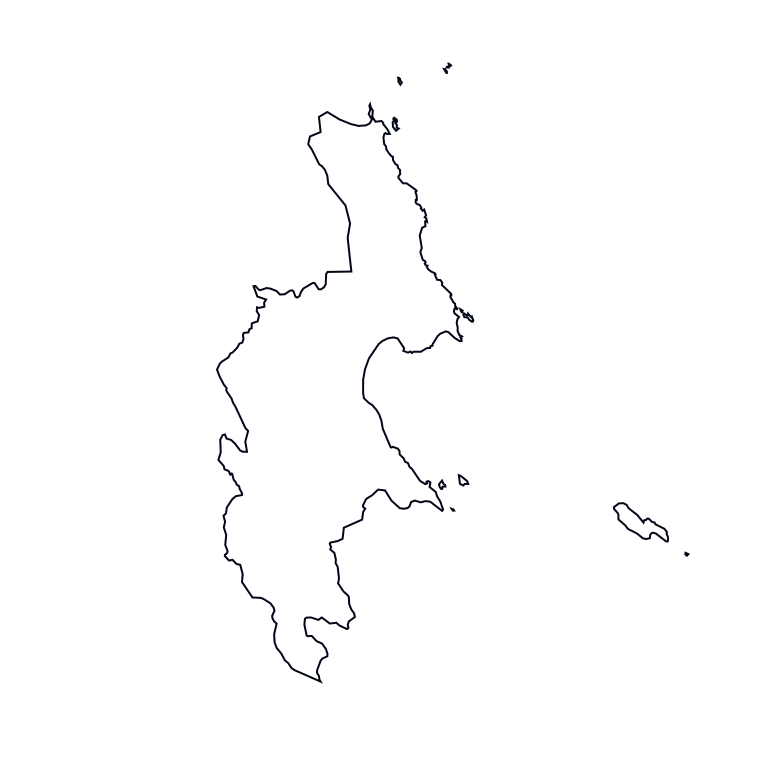 the district of Quy Nhon, Bình Định, Vietnam, rotated 337°
{"feature_id": "81297802B6190272756602", "entity_name": "Quy Nhon", "entity_type": "district", "adm_level": 2, "iso_a3": "VNM", "parent_name": "Vietnam", "parent_adm1": "Bình Định", "projection": "natural_earth1", "projection_center": [109.246, 13.749], "detail": "fine", "context": "isolated", "style": "outline", "palette": "ink", "viewbox_px": 768, "rotation_deg": 337, "n_neighbors": 0, "source": "geoboundaries", "source_scale": "gbopen_adm2", "svg_char_len": 6155}
<svg xmlns="http://www.w3.org/2000/svg" viewBox="0 0 768 768"><g transform="rotate(337 384 384)"><path d="M428.5,112.7L424.1,127.3L412.6,127.2L407.9,133.7L409.2,140.0L410.2,156.5L412.1,159.4L413.3,163.9L413.2,170.0L410.8,178.3L418.3,204.5L415.5,223.0L407.7,235.2L397.9,267.7L375.8,258.8L373.8,260.1L369.2,269.6L366.5,271.6L362.9,272.2L360.9,271.3L359.6,264.0L357.7,263.2L347.0,264.6L343.1,267.2L340.7,270.0L337.9,270.5L336.6,269.1L336.9,263.3L336.0,261.9L333.8,261.4L327.7,262.6L323.2,261.0L321.4,256.4L316.8,251.9L313.5,249.8L306.7,249.3L305.4,247.8L304.0,243.6L302.1,243.0L301.6,254.0L308.5,260.2L305.5,262.2L304.1,266.1L298.6,265.1L297.1,263.8L295.3,267.2L296.0,271.8L292.2,277.0L286.1,276.5L283.9,280.9L281.4,281.1L279.4,283.5L274.8,282.2L273.2,284.0L272.3,287.6L269.8,290.5L266.6,290.4L263.3,293.1L256.9,295.9L254.7,295.8L251.0,298.8L243.5,300.0L240.6,301.3L235.9,305.5L235.6,312.6L236.3,321.8L237.5,326.4L236.4,327.9L236.4,329.7L238.0,337.9L237.7,342.1L238.4,347.0L239.2,370.5L240.6,374.1L233.8,382.9L231.4,392.9L227.3,391.0L225.6,388.9L223.5,380.5L221.4,375.8L217.8,372.7L217.8,368.2L215.5,368.0L211.5,371.3L207.0,383.1L201.9,389.2L204.4,396.7L203.9,400.2L207.0,403.4L207.1,407.3L208.6,406.8L209.1,407.3L208.2,413.6L209.1,416.0L209.1,419.1L210.7,421.5L210.2,424.2L210.6,429.3L209.8,430.7L203.7,429.4L199.5,430.7L191.1,436.2L188.0,441.3L184.8,442.6L183.9,448.7L180.5,453.4L179.8,461.2L175.0,470.1L174.7,476.9L173.4,478.4L170.8,479.1L170.3,480.2L172.4,486.0L175.9,486.7L177.9,492.0L181.0,494.3L179.6,503.9L175.9,510.8L179.5,529.1L187.3,532.9L189.4,535.2L193.7,541.4L195.0,546.5L194.6,549.9L190.4,553.8L189.8,556.0L190.0,559.1L191.5,562.6L185.1,571.4L182.3,579.2L182.1,585.1L184.1,591.8L184.8,599.7L186.8,603.5L187.9,609.4L189.9,612.5L209.4,633.2L209.1,630.7L210.0,627.6L209.5,623.6L210.8,621.1L217.7,613.8L220.2,612.6L225.4,612.5L226.5,610.4L227.0,605.4L225.6,598.8L221.5,594.4L219.0,587.6L215.3,586.4L214.5,585.3L216.7,574.4L219.5,569.2L221.4,568.8L225.6,570.4L231.4,575.5L235.5,574.6L240.5,583.3L246.9,585.2L248.4,588.6L254.1,595.1L255.8,594.8L256.7,591.2L258.9,588.8L266.1,587.1L266.9,583.7L265.8,578.5L266.0,572.9L268.3,566.6L268.2,564.7L265.6,558.9L263.8,549.6L266.5,545.6L269.9,534.3L269.5,529.8L271.1,526.9L272.3,520.0L269.9,515.3L271.6,513.3L271.6,509.8L272.6,509.0L280.0,510.5L285.4,510.3L290.9,500.6L310.9,500.3L314.8,493.6L318.0,491.4L316.8,489.1L317.2,487.5L322.8,482.8L329.5,481.8L337.3,478.9L343.4,482.4L345.3,494.3L350.0,504.5L353.6,506.6L357.1,507.4L359.5,506.7L362.8,503.3L366.7,503.3L371.6,507.3L376.1,507.9L380.5,510.3L387.9,523.5L389.3,522.7L389.9,514.1L389.0,508.4L389.4,503.5L385.7,496.6L388.3,492.7L387.0,490.8L385.6,490.4L384.8,490.8L384.9,492.3L382.9,492.3L379.3,487.2L376.6,473.2L375.1,470.2L375.2,466.2L373.0,463.7L373.1,460.3L370.9,454.9L372.1,451.7L371.4,448.8L367.7,445.4L365.8,445.3L365.4,444.6L365.4,424.7L367.2,417.2L367.7,410.4L366.9,404.9L364.9,398.6L362.6,395.4L360.0,389.4L361.2,384.2L366.6,371.7L372.3,363.0L380.1,354.6L394.8,345.1L399.8,343.7L405.6,343.5L410.9,344.8L414.4,347.5L416.5,358.9L414.8,361.1L418.4,364.5L421.0,364.4L421.8,366.4L423.8,365.8L430.4,368.7L437.5,367.7L440.5,368.9L441.4,367.5L443.6,367.7L444.0,366.6L451.9,361.0L455.3,359.7L461.3,359.7L463.4,361.2L467.2,369.5L470.5,374.2L472.2,374.8L472.6,372.3L473.6,373.2L472.6,370.8L474.3,370.6L472.5,368.4L472.5,363.7L473.8,361.2L474.8,356.0L477.0,353.0L479.3,351.7L476.6,346.7L476.6,344.8L478.0,342.5L479.1,342.3L480.4,343.7L480.8,343.3L480.5,341.5L479.7,341.0L480.8,337.9L479.8,336.0L479.1,329.8L479.9,328.4L480.7,328.7L481.0,327.2L476.0,315.4L477.2,313.5L476.6,310.4L473.6,308.8L473.5,303.3L474.2,303.3L474.1,301.9L471.2,298.8L469.5,295.6L469.1,293.1L470.3,292.1L468.8,291.0L468.6,289.1L469.8,288.4L469.9,287.1L468.2,284.8L469.0,276.8L471.9,273.6L474.9,261.3L480.1,255.1L483.8,254.9L485.4,250.4L486.6,249.8L486.6,250.8L487.0,251.4L487.7,248.0L486.6,246.4L488.7,245.1L489.1,239.1L487.3,239.7L486.5,237.0L487.2,236.7L487.0,233.5L484.4,230.8L484.2,228.8L485.2,227.0L486.1,227.5L487.6,223.6L488.0,219.5L489.3,219.2L489.4,218.3L483.3,208.2L479.9,206.7L477.9,200.1L478.1,198.8L481.3,196.8L481.4,195.2L482.4,193.5L481.4,190.7L481.9,187.9L480.4,185.8L479.8,181.4L481.0,178.3L479.9,177.3L478.8,174.0L477.8,168.9L478.7,166.0L477.9,163.3L479.8,156.9L482.1,153.9L483.4,153.6L484.5,155.1L487.0,156.0L486.6,150.8L484.8,144.1L485.3,143.2L484.5,141.0L478.6,139.2L477.7,133.2L480.5,128.1L480.0,123.9L480.5,121.0L479.3,122.0L478.5,126.2L475.4,129.5L476.2,135.9L472.7,138.5L468.6,138.9L461.6,136.6L455.1,131.8L446.4,123.1L438.1,111.5L428.5,112.7ZM553.5,585.7L547.5,587.2L547.0,589.0L548.7,594.1L548.6,596.2L546.9,600.3L550.8,608.3L551.9,612.7L558.6,620.6L562.0,627.3L565.0,629.2L568.5,629.8L569.9,627.1L571.5,626.0L573.3,625.9L575.8,627.8L582.1,639.0L583.4,639.8L584.1,639.4L585.6,635.6L585.6,632.2L586.6,630.8L585.5,626.8L579.1,619.3L579.0,617.3L576.7,615.5L575.2,611.6L573.7,610.7L572.2,611.5L570.4,611.1L568.7,613.0L566.0,603.6L560.7,594.1L560.1,590.0L557.7,587.2L553.5,585.7ZM422.4,508.9L422.7,506.1L419.2,499.4L417.3,497.2L414.9,505.5L417.2,508.4L419.3,507.5L422.4,508.9ZM487.3,353.4L485.3,350.4L484.1,351.1L484.1,353.9L487.0,355.5L487.6,358.4L489.4,361.2L490.2,361.2L490.7,360.0L491.1,361.0L491.2,356.2L490.4,356.6L488.9,352.1L488.2,353.4L487.3,353.4ZM399.7,499.3L399.7,495.6L395.4,497.8L395.0,500.9L395.7,503.0L396.5,503.3L397.7,501.5L400.5,502.4L400.8,500.7L399.7,499.3ZM497.6,147.9L496.0,145.6L494.3,146.3L492.7,150.9L494.0,155.6L497.3,154.6L495.8,153.0L497.1,150.6L496.4,148.4L497.6,147.9ZM517.2,109.2L517.4,108.1L516.6,107.6L516.3,110.0L515.4,110.9L516.0,114.9L518.2,113.5L517.6,110.8L518.0,109.5L517.2,109.2ZM498.6,147.0L499.0,145.6L497.4,142.9L496.7,143.0L496.1,143.9L496.8,145.7L498.6,147.0ZM595.7,660.4L597.7,659.5L595.6,657.2L594.8,658.6L595.7,660.4ZM485.1,347.2L483.4,344.9L483.3,347.5L484.2,349.3L484.2,347.9L485.1,347.2ZM564.0,120.7L563.1,118.1L562.3,117.6L562.9,122.0L563.5,122.2L564.0,120.7ZM399.1,527.9L398.9,526.5L397.5,525.3L397.9,527.5L399.1,527.9ZM570.2,117.0L568.9,114.4L568.6,114.3L568.6,116.4L569.4,117.3L570.2,117.0ZM567.4,116.9L566.2,116.6L565.4,117.1L567.2,118.0L567.4,116.9Z" fill="none" stroke="#020617" stroke-width="2"/></g></svg>